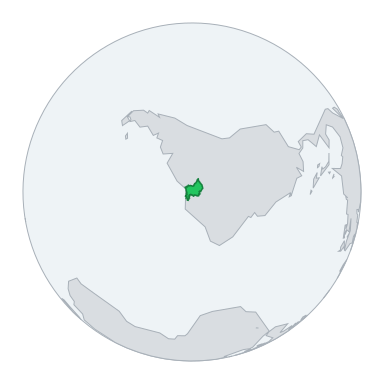 São Paulo on an orthographic globe, rotated 116°
{"feature_id": "BRA-1311", "entity_name": "São Paulo", "entity_type": "State", "adm_level": 1, "iso_a3": "BRA", "parent_name": "Brazil", "parent_adm1": "", "projection": "orthographic", "projection_center": [-47.634, -22.544], "detail": "fine", "context": "on_globe", "style": "filled", "palette": "green", "viewbox_px": 384, "rotation_deg": 116, "n_neighbors": 0, "source": "natural_earth", "source_scale": "10m", "svg_char_len": 8357}
<svg xmlns="http://www.w3.org/2000/svg" viewBox="0 0 384 384"><g transform="rotate(116 192 192)"><circle cx="192" cy="192" r="169" fill="#eef3f6" stroke="#a8b0b8"/><path d="M128.1,35.6L127.5,36.0L137.1,33.5L134.8,35.0L135.5,36.1L139.1,34.3L139.9,33.0L147.0,30.6L147.1,29.7L150.0,28.8L152.2,27.9L157.5,26.8L161.4,26.4L159.8,27.3L161.5,27.3L167.6,25.7L169.1,27.3L177.7,28.6L177.5,29.4L168.8,31.6L157.2,32.8L146.0,37.5L159.0,33.5L158.1,36.4L160.4,36.7L163.8,36.2L166.3,34.8L167.2,35.8L154.7,39.8L153.7,38.9L157.7,37.5L152.2,38.3L143.8,41.9L144.0,43.5L131.0,48.6L131.0,50.0L128.2,52.2L129.0,49.4L127.3,54.8L112.0,64.6L109.3,76.2L105.8,68.8L100.8,69.5L94.3,71.9L93.7,73.8L86.1,75.7L77.5,83.1L72.0,94.1L72.7,100.8L81.4,97.3L85.1,91.6L92.2,88.2L84.8,102.5L96.7,100.2L94.1,110.6L97.3,114.9L103.9,111.7L110.5,112.7L116.0,105.5L124.6,100.7L124.0,109.0L129.3,100.5L133.7,103.8L151.1,101.3L149.6,103.3L164.2,112.2L181.2,116.1L185.1,122.6L183.0,126.7L189.1,127.9L189.2,130.6L214.5,135.7L228.1,143.9L228.1,153.9L217.6,164.9L210.3,190.6L192.0,198.9L188.8,210.1L177.0,227.0L165.7,226.2L170.5,234.6L165.5,240.1L158.6,241.0L158.8,247.3L153.7,247.9L158.1,251.6L152.2,260.7L156.5,267.2L152.8,274.7L155.8,278.5L153.6,278.7L151.8,280.5L152.4,282.9L144.6,280.2L139.7,271.4L140.5,266.4L137.5,266.2L139.1,253.9L136.7,256.7L133.1,239.8L134.4,225.6L131.1,188.4L126.9,182.0L114.3,176.3L99.0,155.0L102.2,144.4L99.3,140.7L109.0,125.3L107.0,114.2L103.7,113.5L100.1,118.6L89.5,114.8L86.6,107.7L59.2,108.5L57.5,106.4L59.3,100.3L59.7,88.4L55.1,102.4L53.4,101.4L53.9,97.4L55.9,94.7L59.2,88.0L59.0,87.8L59.4,87.3L67.4,77.9L76.1,69.0L85.5,60.8L95.4,53.4L105.9,46.6L116.8,40.7L128.1,35.6ZM107.4,80.8L121.2,83.5L112.3,86.3L114.1,84.7L110.9,83.0L104.4,82.5L96.9,86.0L107.4,80.8ZM116.0,72.1L113.5,72.3L116.1,71.6L116.0,72.1ZM149.1,28.6L150.6,28.3L149.4,28.6L149.1,28.6ZM148.7,28.7L146.3,29.4L145.7,29.5L147.2,29.1L148.7,28.7ZM151.8,27.9L151.2,28.0L151.8,27.9ZM158.6,286.5L145.6,281.5L152.5,283.5L155.3,279.3L162.8,283.6L158.6,286.5ZM167.5,275.8L171.9,273.5L173.5,274.6L170.9,276.4L167.5,275.8ZM319.1,80.7L319.9,81.7L310.7,71.9L308.2,69.4L294.9,58.2L297.3,60.3L310.1,71.3L308.1,69.6L311.4,73.4L307.3,69.1L292.7,57.3L287.6,55.5L288.6,62.4L284.0,61.6L276.6,57.9L268.5,48.3L279.8,51.3L277.0,48.7L268.1,43.5L272.3,45.1L270.1,43.6L273.7,45.0L272.3,43.5L275.0,44.8L274.9,44.8L287.1,52.3L298.5,60.9L309.3,70.3L319.1,80.7ZM360.9,195.1L360.1,201.2L357.9,219.1L354.2,232.8L349.6,236.8L345.1,248.7L342.0,249.8L338.5,256.2L333.3,260.9L326.3,263.8L319.8,257.8L323.2,251.4L325.8,236.7L331.1,205.1L336.9,194.1L337.9,184.1L332.8,159.2L334.2,148.8L331.8,143.0L327.5,142.0L324.3,135.3L321.3,133.9L299.5,130.4L290.4,121.3L273.7,98.1L275.9,91.0L272.0,82.1L283.2,61.6L290.5,65.0L304.8,69.4L307.5,71.4L311.1,76.7L326.0,91.2L324.7,88.0L331.9,97.2L338.7,108.2L344.7,119.7L349.8,131.6L354.0,143.9L357.2,156.5L359.4,169.2L360.7,182.1L360.9,195.1ZM285.1,72.6L286.1,74.9L286.1,75.0L285.1,72.6ZM151.7,101.1L153.7,102.5L150.9,102.9L151.7,101.1ZM110.5,89.7L113.6,89.1L115.1,89.9L112.6,90.9L110.5,89.7ZM138.6,84.5L142.5,84.7L138.2,85.8L138.6,84.5ZM123.5,83.9L135.4,84.8L127.1,88.3L119.6,88.0L125.1,86.3L123.5,83.9ZM113.4,76.5L115.2,76.5L114.3,78.0L113.4,76.5ZM117.9,71.7L117.1,72.0L116.4,71.2L117.9,71.7ZM158.9,36.2L159.9,35.9L163.1,35.7L161.1,36.4L158.9,36.2ZM180.0,32.4L181.0,34.3L178.9,33.2L176.4,34.2L168.9,33.7L177.0,29.9L174.6,31.5L180.0,32.4ZM161.1,32.6L164.9,32.9L160.4,32.7L161.1,32.6ZM254.2,35.6L257.5,36.9L259.3,38.1L255.8,37.6L253.2,35.8L254.2,35.6ZM261.9,38.7L252.0,34.2L253.8,34.8L254.5,35.1L256.6,35.9L258.3,36.8L269.6,42.2L271.8,43.7L264.2,41.3L265.5,41.1L262.1,39.6L261.9,38.7ZM229.8,27.3L228.5,27.1L223.2,26.0L223.8,26.1L219.6,25.3L219.8,25.3L229.8,27.3ZM175.6,23.8L172.0,24.3L168.6,24.7L175.6,23.8ZM168.4,24.7L169.8,24.7L165.0,25.3L166.7,25.4L159.0,26.3L157.1,26.7L168.4,24.7ZM205.9,23.6L201.6,23.4L198.5,23.7L198.3,24.5L191.1,24.2L186.8,23.5L184.8,23.2L185.0,23.2L205.9,23.6ZM307.3,70.3L308.8,71.4L310.4,72.5L312.5,75.1L307.3,70.3ZM297.5,62.2L298.4,62.5L302.2,66.3L300.7,65.4L297.5,62.2ZM295.6,59.8L298.2,62.3L295.9,60.4L295.6,59.8ZM324.2,86.8L322.5,84.8L322.0,84.1L323.9,86.4L324.2,86.8ZM291.9,328.3L288.5,330.6L289.8,329.7L291.9,328.3ZM352.0,246.4L344.7,262.6L345.1,259.6L348.6,251.5L354.1,237.8L354.8,237.2L355.3,235.5L352.0,246.4Z" fill="#d9dde1" stroke="#a8b0b8" stroke-width="1"/><path d="M199.9,194.5L199.5,194.6L199.4,194.5L199.4,194.4L199.2,194.6L199.1,194.8L198.9,194.9L198.7,194.8L198.7,195.0L198.6,194.9L198.5,195.0L198.4,195.1L198.1,195.2L197.9,195.3L198.0,195.5L198.0,195.8L197.9,195.8L197.7,195.9L197.6,195.7L197.4,195.7L197.2,195.7L196.8,195.6L196.4,195.7L196.3,195.8L196.2,195.8L195.9,196.0L196.0,195.9L196.0,196.1L196.0,196.3L195.9,196.3L195.6,196.4L195.6,196.1L195.4,196.0L195.4,195.9L195.4,196.0L195.2,196.1L195.3,196.3L194.8,196.6L193.9,197.1L193.7,197.3L193.7,197.5L193.2,197.9L192.5,198.3L192.4,198.3L192.0,198.5L191.5,198.9L191.3,199.1L191.2,199.3L190.9,199.4L191.2,199.5L191.3,199.4L191.2,199.7L191.2,199.8L190.8,200.1L190.9,199.9L190.5,199.8L190.4,199.3L190.1,199.3L190.1,199.2L189.9,199.1L189.8,199.3L189.7,199.5L189.5,199.4L189.4,199.3L189.5,199.2L189.6,198.9L189.6,198.7L189.5,198.4L189.4,198.3L189.2,198.3L188.9,198.4L188.4,198.3L188.3,198.2L188.3,198.3L188.2,198.3L187.8,198.4L187.5,198.3L187.5,198.1L187.5,197.9L187.6,197.7L187.7,197.3L187.6,197.2L187.4,197.0L187.4,196.8L187.4,196.7L187.2,196.6L187.0,196.3L186.9,196.1L186.7,196.0L186.7,195.9L186.8,195.9L186.8,195.5L186.7,195.3L186.6,195.0L186.5,194.9L186.6,194.5L186.6,194.1L186.3,193.8L186.3,193.7L186.2,193.7L185.9,193.5L185.8,193.3L185.7,193.3L185.6,193.1L185.2,193.2L185.0,193.3L184.9,193.2L184.7,193.3L184.5,193.2L184.4,193.3L184.2,193.3L183.8,193.2L183.6,193.3L183.4,193.3L183.4,193.1L183.2,192.9L182.6,192.8L181.9,192.4L181.7,192.5L181.3,192.5L181.1,192.5L180.8,192.4L180.5,192.4L180.2,192.2L179.9,192.1L179.7,192.2L179.7,192.4L179.5,192.5L179.5,192.4L179.4,192.4L178.9,192.4L178.7,192.4L178.2,192.4L177.9,192.4L177.7,192.3L177.4,192.4L177.1,192.7L177.3,192.3L177.4,192.2L177.5,192.0L177.8,191.9L178.3,191.5L178.7,191.3L179.1,190.9L179.2,190.4L179.5,190.2L179.6,189.8L179.8,189.7L179.7,189.3L179.8,189.2L180.1,189.0L180.2,188.8L180.4,188.6L180.4,188.0L180.6,187.9L180.7,187.6L181.0,187.2L181.0,186.7L181.1,186.4L181.3,186.3L181.8,185.7L182.3,185.5L182.5,185.4L182.6,185.2L182.7,184.9L183.0,184.6L183.6,184.3L183.8,184.1L184.2,183.9L184.3,184.0L184.5,184.2L185.8,184.3L186.7,184.3L187.1,184.5L187.5,184.4L187.5,184.5L187.4,184.6L187.4,184.9L187.6,185.4L187.8,185.4L187.9,185.2L188.0,185.0L188.1,184.9L188.2,185.0L188.3,185.1L188.3,185.7L188.5,185.8L188.6,185.7L188.5,185.3L188.7,185.0L189.0,184.9L189.2,185.0L189.4,184.9L189.6,184.9L189.9,184.8L190.1,184.8L190.3,184.9L190.3,184.6L190.5,184.8L190.8,184.9L191.0,184.8L191.0,184.7L191.1,184.8L191.3,184.8L191.4,184.6L191.4,184.4L191.8,184.4L192.0,184.6L192.5,184.4L192.6,184.5L192.9,184.9L193.0,185.0L193.1,185.3L192.9,185.8L193.1,185.9L193.3,186.1L193.4,186.4L193.4,186.5L193.2,186.8L193.1,187.2L193.3,187.4L193.3,187.5L193.4,187.8L193.6,188.1L193.8,188.5L193.7,188.6L193.8,188.7L194.0,188.6L194.3,188.5L194.6,188.6L194.8,188.7L195.0,188.7L195.1,188.8L195.1,189.0L194.9,189.5L194.7,189.8L194.7,190.0L194.8,190.4L194.7,190.4L194.6,190.5L194.8,190.8L194.6,191.0L194.5,191.3L194.6,191.5L194.9,191.7L195.0,191.8L195.4,192.0L195.4,192.3L195.2,192.4L195.5,192.6L195.4,192.8L195.5,192.9L195.7,193.0L196.0,192.9L196.0,193.0L196.4,193.0L196.5,192.9L196.8,193.0L196.9,192.9L197.0,192.9L197.2,192.6L197.2,192.3L197.2,192.2L197.4,192.2L197.3,192.3L197.6,192.3L197.8,192.4L198.0,192.2L198.0,192.4L198.5,192.2L198.9,191.9L199.0,191.8L199.4,191.8L199.6,191.7L199.8,191.7L200.0,192.0L200.2,192.3L200.4,192.3L200.5,192.3L200.8,192.3L200.9,192.2L200.9,192.3L201.3,192.2L201.4,192.5L201.2,192.7L201.2,192.8L200.9,193.0L200.7,193.1L200.4,193.1L200.1,193.2L199.9,193.2L199.8,193.3L199.7,193.4L199.7,193.8L199.5,194.1L199.6,194.3L199.8,194.4L199.9,194.5ZM198.5,196.1L198.4,196.3L198.4,196.2L198.1,196.2L197.9,196.0L198.1,195.8L198.2,195.5L198.3,195.5L198.5,195.7L198.5,195.9L198.4,195.9L198.4,196.0L198.5,196.0L198.5,196.1ZM192.3,198.4L192.5,198.3L192.4,198.4L192.2,198.5L191.5,199.1L191.3,199.4L191.3,199.1L191.5,199.0L191.9,198.7L192.1,198.5L192.3,198.4ZM195.5,196.1L195.6,196.3L195.5,196.2L195.4,196.3L195.3,196.2L195.5,196.1Z" fill="#22c55e" stroke="#15803d" stroke-width="1.5"/></g></svg>